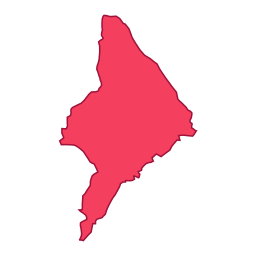 outline of Al-Khalis, Diyala, Iraq
{"feature_id": "34846034B19163471253506", "entity_name": "Al-Khalis", "entity_type": "district", "adm_level": 2, "iso_a3": "IRQ", "parent_name": "Iraq", "parent_adm1": "Diyala", "projection": "orthographic", "projection_center": [44.587, 34.084], "detail": "fine", "context": "isolated", "style": "filled", "palette": "rose", "viewbox_px": 256, "rotation_deg": 0, "n_neighbors": 0, "source": "geoboundaries", "source_scale": "gbopen_adm2", "svg_char_len": 3097}
<svg xmlns="http://www.w3.org/2000/svg" viewBox="0 0 256 256"><path d="M79.7,240.0L80.5,240.0L81.8,240.1L83.3,240.6L85.6,238.0L88.3,234.9L91.2,232.0L91.7,228.9L92.3,226.1L92.7,223.7L95.1,223.7L95.5,223.7L95.5,222.4L95.5,221.5L96.2,220.0L97.2,219.1L98.8,218.6L100.7,218.1L102.4,217.4L103.1,216.3L105.1,214.5L105.6,213.3L106.3,211.1L107.1,208.8L109.0,204.8L110.7,201.6L112.9,197.7L113.1,197.5L115.2,194.7L116.3,192.6L117.0,191.5L117.9,189.7L119.2,187.4L119.7,186.1L120.3,184.5L120.5,183.6L121.5,183.0L123.1,182.0L124.6,182.0L125.5,182.0L125.6,180.6L130.2,180.7L131.7,180.5L132.5,180.4L133.3,179.8L134.3,179.3L134.6,179.0L134.1,177.7L133.7,176.5L133.8,176.0L134.4,176.1L135.6,176.5L137.0,177.1L138.3,177.7L138.7,177.7L139.0,177.2L139.3,176.8L139.3,176.1L139.8,174.4L139.7,173.9L139.1,173.5L138.7,172.8L138.2,171.6L139.3,171.2L141.4,170.4L141.7,169.4L141.6,168.4L142.5,167.2L144.0,165.5L146.5,163.3L147.2,163.2L148.8,162.6L150.9,162.3L153.3,161.2L152.0,157.9L156.3,154.0L161.1,156.6L164.2,154.2L166.9,152.2L169.8,150.1L170.6,148.7L171.4,147.0L172.2,145.7L177.0,140.0L179.9,140.3L178.7,135.6L182.0,135.2L183.9,135.2L188.2,135.7L192.6,136.1L193.8,134.8L196.3,130.8L195.5,130.7L194.4,129.7L193.3,128.9L191.9,128.1L191.6,127.0L191.7,125.7L191.8,125.1L192.2,124.1L191.8,123.4L190.5,122.5L190.0,121.6L190.0,120.9L190.1,119.9L191.0,118.5L191.4,117.1L191.8,114.9L191.9,113.0L190.5,111.3L187.8,110.0L186.2,107.4L182.5,103.7L177.9,99.4L176.4,92.2L174.1,89.3L171.9,86.5L165.2,77.4L159.9,69.5L157.0,63.9L154.7,62.3L151.4,59.6L150.1,58.6L144.6,55.3L140.0,50.1L135.3,42.9L132.1,37.5L130.1,31.9L128.9,28.8L125.2,24.1L123.2,23.4L119.7,18.5L116.1,16.2L110.2,16.6L107.5,15.9L105.1,15.4L103.7,15.5L103.1,16.6L102.9,17.0L102.3,18.8L102.0,22.9L102.0,25.0L102.0,26.7L102.4,30.0L101.7,32.7L101.5,34.8L101.7,35.8L102.4,36.8L103.0,37.9L103.0,38.7L101.7,39.6L100.4,40.3L98.7,41.8L99.0,43.5L99.7,46.3L99.7,49.0L99.7,52.3L99.3,57.0L99.1,59.5L98.8,60.7L98.3,62.8L97.1,66.2L96.8,69.3L97.4,70.7L98.1,72.6L98.5,74.0L99.1,75.9L99.4,76.9L99.9,77.8L100.1,78.8L100.1,79.8L100.5,80.5L101.1,82.2L101.5,83.6L101.5,85.3L100.5,87.0L99.1,88.4L98.5,90.5L97.7,91.2L95.8,91.8L91.4,92.0L89.0,94.2L86.3,97.7L84.2,100.4L81.3,103.2L79.2,104.2L78.5,104.5L72.9,107.3L71.3,108.7L70.9,110.2L71.0,113.5L70.5,115.5L69.6,116.0L68.5,116.6L67.3,117.2L67.3,120.3L67.3,123.3L67.5,125.8L66.3,128.8L61.9,128.6L61.9,133.2L63.0,135.6L63.7,137.9L59.7,140.9L61.3,144.7L65.1,144.6L69.3,144.7L70.8,144.8L74.4,145.1L76.2,146.0L78.9,147.7L80.7,149.2L83.2,151.3L84.1,152.5L86.1,155.6L87.6,157.8L88.9,159.9L90.0,161.8L91.8,163.0L94.2,164.0L94.5,164.6L96.5,168.7L97.9,172.0L94.3,174.0L92.7,175.4L92.2,175.9L91.6,177.4L90.9,179.5L90.4,181.2L90.4,182.8L90.3,185.4L89.9,186.0L87.1,190.2L84.6,194.3L84.0,194.7L82.9,195.7L82.6,200.1L82.3,204.6L82.4,207.0L82.1,209.8L79.1,209.9L80.5,211.4L82.0,212.3L83.1,213.0L84.9,214.5L86.0,215.4L86.3,216.4L86.7,217.5L86.7,219.0L86.7,219.5L84.5,220.5L84.4,220.6L82.2,221.7L80.9,222.6L80.5,222.9L80.4,225.6L81.0,228.3L81.5,232.0L81.6,234.6L81.0,236.9L80.2,238.6L79.6,239.8L79.7,240.0Z" fill="#f43f5e" stroke="#9f1239" stroke-width="1.5"/></svg>